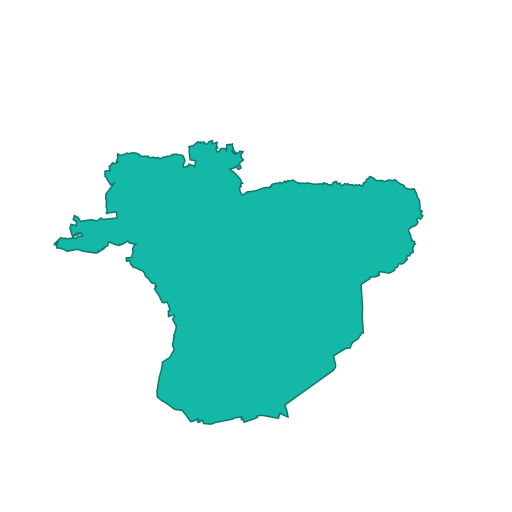 Tuchin, Córdoba, Colombia, rotated 241°
{"feature_id": "7082276B64022238164064", "entity_name": "Tuchin", "entity_type": "district", "adm_level": 2, "iso_a3": "COL", "parent_name": "Colombia", "parent_adm1": "Córdoba", "projection": "albers", "projection_center": [-75.529, 9.219], "detail": "fine", "context": "isolated", "style": "filled", "palette": "teal", "viewbox_px": 512, "rotation_deg": 241, "n_neighbors": 0, "source": "geoboundaries", "source_scale": "gbopen_adm2", "svg_char_len": 6151}
<svg xmlns="http://www.w3.org/2000/svg" viewBox="0 0 512 512"><g transform="rotate(241 256 256)"><path d="M198.7,401.2L204.4,401.7L205.5,403.0L205.8,406.0L205.3,410.1L206.0,412.6L207.1,414.1L209.4,413.9L210.3,414.6L210.4,416.0L208.5,417.9L210.3,421.3L210.9,421.4L211.8,420.6L212.5,420.8L214.1,421.8L214.5,423.1L217.2,421.8L218.0,421.9L219.4,423.5L221.6,424.0L223.5,425.2L225.5,425.8L229.6,425.8L232.9,426.7L238.0,426.9L238.7,425.8L239.6,423.0L242.8,419.8L243.8,419.4L246.0,419.6L250.1,416.5L255.4,414.6L255.7,413.8L255.6,411.8L257.6,409.9L258.3,408.7L258.6,404.7L260.9,402.9L263.4,398.2L264.9,397.2L266.9,396.8L268.3,395.5L269.4,395.3L270.2,394.4L270.3,393.5L269.3,392.6L269.5,389.9L267.3,387.6L267.9,386.3L267.7,385.4L265.8,383.6L266.6,381.8L268.2,381.1L268.5,379.2L269.9,377.8L269.9,376.1L271.6,374.8L273.1,371.9L274.8,371.4L274.9,369.8L275.9,369.3L276.2,368.4L275.8,367.1L276.0,365.2L276.7,364.5L279.1,364.7L279.2,362.5L280.0,362.1L281.7,362.7L282.9,361.1L282.8,359.1L281.3,356.9L281.7,356.0L282.8,354.7L283.0,353.6L284.7,353.3L285.5,352.5L285.3,351.7L287.0,351.1L286.8,349.6L286.2,349.4L286.3,348.9L287.4,348.2L290.8,341.3L294.5,337.1L295.4,335.4L295.5,334.3L297.5,331.7L297.8,329.9L298.8,329.6L298.8,328.9L301.7,326.5L304.5,325.2L305.1,322.1L306.5,320.4L306.1,319.3L306.8,318.3L306.0,318.5L305.8,318.2L307.5,316.8L306.7,313.4L307.9,313.4L308.6,312.9L308.9,312.2L308.5,310.7L310.2,308.4L310.1,307.0L311.0,305.1L310.4,303.5L309.3,303.2L309.8,301.8L309.0,301.3L311.0,298.1L311.8,295.9L313.0,288.3L314.9,282.3L315.7,281.4L316.3,279.5L315.9,275.8L316.1,273.2L318.4,273.5L320.6,273.3L321.6,274.0L323.8,274.4L323.9,276.6L326.6,277.6L326.2,279.5L327.6,279.0L329.7,279.5L331.6,279.4L339.1,277.6L344.5,275.2L343.4,281.0L344.0,281.4L343.9,283.7L341.7,282.1L340.0,282.8L340.2,285.6L345.2,286.3L346.1,291.6L349.6,290.9L352.5,292.3L352.5,293.3L353.5,295.2L355.6,292.5L354.5,290.2L354.8,289.5L358.0,287.7L357.6,286.9L356.3,287.7L356.1,287.4L355.2,287.4L356.4,286.2L359.4,285.9L359.5,287.9L363.0,288.5L365.4,289.6L365.4,289.0L367.5,284.5L362.7,281.4L364.7,281.4L366.5,278.6L366.8,276.8L366.1,276.2L365.4,274.2L365.9,272.4L369.6,273.2L369.2,274.8L371.8,275.1L374.3,277.1L375.3,272.3L376.2,272.3L377.9,273.8L378.6,271.9L378.7,270.4L377.5,267.5L378.6,266.1L379.4,266.3L381.4,265.2L381.4,262.5L382.9,262.5L382.7,261.0L383.7,261.0L384.0,260.2L383.0,254.3L384.2,250.3L382.3,249.8L379.7,248.1L372.1,245.0L368.5,249.3L363.9,245.9L366.0,244.6L366.0,244.2L368.8,242.0L367.5,240.4L368.2,238.8L367.6,238.5L367.8,238.0L368.9,235.6L370.7,236.3L373.2,239.4L374.5,240.3L378.7,240.8L380.5,239.8L381.5,237.9L383.9,235.5L385.3,231.7L385.1,228.7L386.5,226.0L386.9,223.5L387.6,222.6L387.3,220.7L387.7,219.2L388.3,218.6L389.5,218.4L390.7,215.5L392.3,213.9L393.2,211.2L394.0,210.3L395.6,210.2L395.9,208.6L397.2,207.3L398.0,205.0L399.4,203.6L400.6,203.5L403.3,201.8L405.0,199.9L406.5,197.1L406.9,194.7L408.2,193.6L408.7,192.5L408.7,189.6L409.5,186.9L410.6,185.6L412.4,184.6L411.4,183.7L410.0,183.4L408.6,182.4L406.9,180.2L406.0,179.7L404.9,181.6L405.1,179.4L405.4,179.2L405.1,177.1L406.9,176.0L406.0,175.3L406.8,174.4L405.3,173.2L405.7,171.3L403.7,170.2L401.2,169.8L402.5,167.7L403.4,165.0L398.9,162.6L398.5,163.0L388.7,163.3L388.2,166.8L383.0,154.8L378.5,152.1L377.2,152.2L371.7,148.8L368.4,148.3L366.2,145.9L365.4,146.1L365.5,147.0L362.3,155.3L356.5,153.1L362.2,139.9L364.2,139.2L364.2,136.7L363.8,135.3L364.1,133.5L367.7,129.4L371.3,119.3L375.8,119.2L379.4,116.8L376.5,113.8L372.9,115.7L369.8,113.5L373.4,109.6L370.4,106.7L363.1,105.2L361.6,105.2L362.4,105.8L361.8,106.8L362.4,107.2L361.4,108.6L363.6,109.6L361.4,109.6L360.8,111.1L361.3,111.4L361.2,111.9L362.4,112.0L361.3,113.8L360.3,113.5L359.7,114.7L357.4,113.8L358.5,112.4L359.4,108.5L358.4,107.6L360.0,105.3L360.9,105.5L360.9,103.4L362.3,99.7L364.0,97.7L365.1,95.4L366.7,94.2L364.9,87.9L364.6,88.3L364.8,89.2L364.3,89.7L363.1,87.8L364.6,86.0L363.8,85.2L363.5,85.1L362.7,86.3L363.1,86.5L362.4,87.4L359.7,85.5L357.6,88.7L354.2,91.7L351.7,93.1L348.5,103.0L344.0,107.1L336.0,117.6L335.9,119.7L336.7,119.7L336.8,120.6L335.9,120.7L335.9,122.2L336.1,126.1L336.3,126.8L336.7,125.9L337.1,128.7L336.8,131.2L339.8,133.8L335.3,137.9L335.0,137.6L331.7,141.2L331.4,142.0L332.2,142.4L331.1,144.4L331.2,151.0L328.4,151.7L328.5,152.3L325.6,155.0L324.8,156.7L324.1,154.2L322.3,151.9L320.9,150.8L319.6,150.7L315.1,146.4L317.3,141.5L314.0,140.3L313.4,143.1L308.7,142.5L308.4,143.3L305.9,143.0L302.7,146.2L300.2,147.6L298.2,149.6L295.3,150.2L291.8,149.5L288.0,151.1L283.9,151.3L282.3,152.4L281.2,154.6L281.2,153.9L278.7,154.3L279.0,153.8L277.8,152.9L277.3,153.4L276.4,151.2L267.9,152.0L261.0,151.4L259.5,153.1L259.0,155.8L256.0,155.8L251.3,154.8L249.8,153.8L250.5,152.8L245.5,150.1L244.5,155.6L242.3,155.5L242.3,154.2L240.8,152.3L233.6,152.4L230.5,150.2L226.8,146.3L226.3,145.3L224.8,145.5L224.8,144.9L224.0,143.9L221.5,142.6L219.7,140.5L217.2,139.5L214.4,139.2L213.2,138.5L212.0,136.0L209.1,131.6L208.5,122.6L206.2,121.3L202.3,118.0L196.8,112.6L185.3,103.5L180.5,101.4L175.7,103.3L170.1,106.5L161.4,110.4L156.5,116.8L142.7,118.6L142.8,119.8L142.3,119.9L141.9,121.3L141.8,126.6L141.3,126.6L141.6,125.1L138.6,124.6L138.0,126.6L139.2,126.9L138.7,129.1L137.4,128.8L137.1,129.7L134.9,128.9L131.1,134.6L130.4,136.3L130.2,139.5L125.3,154.5L124.8,156.1L124.9,158.2L122.4,165.5L121.2,165.4L121.1,164.3L119.8,164.0L119.2,165.5L116.4,165.0L114.5,175.0L114.2,178.8L115.4,179.1L114.6,182.3L112.9,185.1L103.2,196.9L106.9,200.5L99.6,205.9L105.9,208.0L111.7,209.1L118.5,268.0L119.9,271.1L121.7,272.7L131.1,275.3L131.7,288.8L131.0,291.5L129.9,293.9L131.7,295.7L133.4,298.3L133.8,299.7L133.9,304.5L137.3,311.2L136.5,312.5L152.7,320.1L159.8,324.5L180.2,334.1L181.0,344.9L182.3,345.5L179.8,350.5L179.5,353.2L180.5,353.6L179.6,354.7L182.4,355.5L182.5,356.0L182.1,356.0L181.9,357.2L176.3,364.4L176.3,370.4L178.2,371.5L177.7,374.3L180.0,377.1L179.9,377.8L178.3,379.4L178.3,382.8L179.6,384.2L179.1,385.4L179.7,386.8L181.4,386.7L182.7,388.3L182.7,388.9L181.6,390.4L183.3,392.5L183.1,395.5L186.6,396.7L189.2,399.8L189.2,401.1L190.4,400.8L191.3,401.6L192.0,401.5L194.2,399.4L194.9,400.5L196.4,400.1L198.7,401.2Z" fill="#14b8a6" stroke="#0f766e" stroke-width="1.5"/></g></svg>